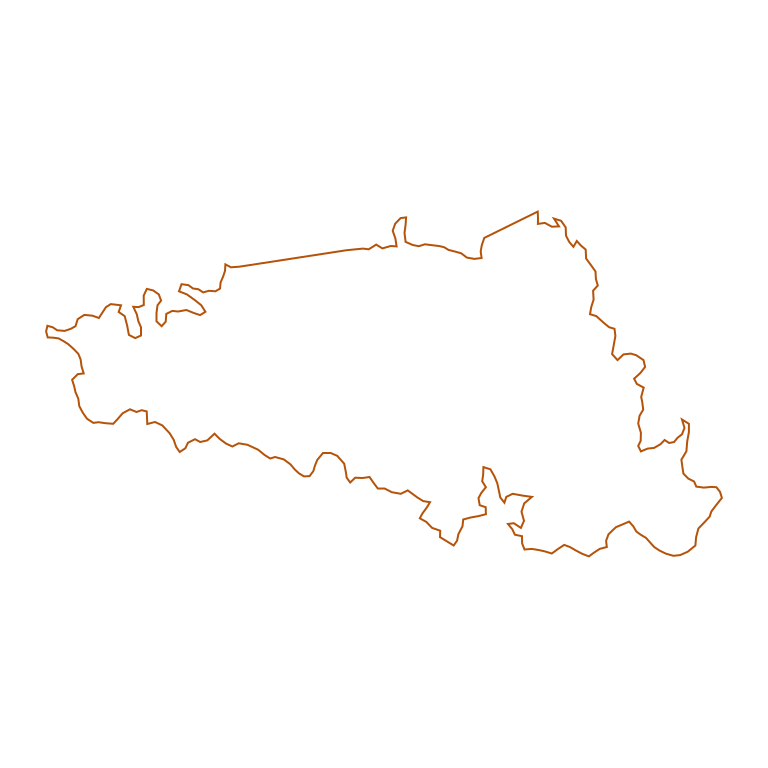 outline of Ponte Alta do Norte, Santa Catarina, Brazil
{"feature_id": "56859067B74715517564167", "entity_name": "Ponte Alta do Norte", "entity_type": "district", "adm_level": 2, "iso_a3": "BRA", "parent_name": "Brazil", "parent_adm1": "Santa Catarina", "projection": "mercator", "projection_center": [-50.427, -27.181], "detail": "fine", "context": "isolated", "style": "outline", "palette": "amber", "viewbox_px": 768, "rotation_deg": 0, "n_neighbors": 0, "source": "geoboundaries", "source_scale": "gbopen_adm2", "svg_char_len": 4044}
<svg xmlns="http://www.w3.org/2000/svg" viewBox="0 0 768 768"><path d="M270.2,458.5L275.1,457.0L283.8,459.4L290.5,464.4L294.6,469.3L299.0,473.4L304.0,476.4L309.6,476.1L313.3,471.2L315.0,465.5L317.2,460.0L323.0,453.0L330.7,453.0L337.2,455.8L344.2,463.7L345.8,471.8L346.7,477.7L350.2,482.5L355.2,477.7L362.7,478.0L369.5,477.0L373.6,482.9L377.8,488.5L384.6,488.5L391.8,492.2L400.8,493.8L407.7,490.4L412.4,493.8L417.4,497.5L423.2,501.1L430.0,502.2L427.0,507.2L422.4,513.5L419.8,518.3L426.3,521.9L432.1,527.9L440.2,530.7L440.0,537.1L446.0,540.8L453.7,545.5L457.1,540.6L458.4,534.1L462.5,526.3L463.2,519.5L470.6,517.5L478.5,516.1L485.9,514.2L485.7,507.2L479.7,505.2L478.5,498.1L481.3,492.9L485.9,487.2L482.2,481.3L483.2,474.3L483.4,467.1L490.4,469.3L494.5,476.5L497.3,483.3L498.9,490.7L500.3,497.5L504.4,502.7L506.3,496.9L512.7,493.8L522.6,495.6L531.9,496.9L524.2,503.4L521.5,511.7L524.0,520.8L520.9,527.9L513.8,523.2L508.0,524.0L512.4,529.4L514.9,534.7L522.0,536.2L522.1,543.4L524.5,549.5L531.9,548.9L539.1,550.1L544.9,551.4L551.8,553.5L558.1,548.9L564.2,544.9L569.9,547.0L575.9,550.5L582.4,553.9L588.9,556.4L593.6,552.9L599.7,548.9L606.8,547.0L606.1,540.8L608.5,534.3L615.9,527.2L622.6,524.4L629.1,521.6L633.3,526.3L636.3,531.5L640.7,534.7L645.9,537.8L650.4,542.8L654.2,547.0L659.4,550.5L665.8,553.6L673.4,555.8L680.1,555.1L687.8,551.7L695.4,545.5L696.1,537.2L698.4,528.5L704.5,522.2L709.6,516.7L711.4,511.4L715.8,505.6L721.9,497.9L720.0,491.8L716.4,487.2L711.2,486.9L703.8,487.6L696.3,486.6L694.1,481.5L688.3,478.6L683.4,473.6L682.5,467.7L681.4,459.7L686.4,451.3L687.2,441.5L688.9,432.1L688.9,423.8L682.0,419.5L684.5,427.9L682.0,434.3L677.5,437.8L674.1,442.0L669.2,443.0L664.6,440.0L660.5,444.2L654.1,447.9L647.6,448.6L640.9,451.4L638.2,445.9L640.7,440.8L640.9,432.7L638.2,423.6L639.6,415.7L643.2,409.6L642.3,402.4L641.2,396.9L643.7,387.6L636.8,383.9L634.1,378.7L640.4,373.0L645.1,366.9L643.5,360.1L636.2,355.2L630.8,353.6L623.5,354.4L617.5,360.1L612.1,354.1L614.0,343.7L615.4,335.9L614.5,328.8L609.1,327.2L603.5,322.6L596.3,316.1L590.0,314.2L591.2,307.2L593.6,299.7L593.1,290.7L597.8,285.5L595.9,279.0L595.5,271.5L591.4,265.7L586.1,258.5L585.7,249.6L581.0,245.6L576.8,241.0L573.4,246.8L569.2,241.9L566.0,235.7L565.7,227.4L561.1,220.8L554.0,218.6L559.0,226.4L551.8,226.7L544.9,222.9L537.9,223.9L538.0,217.8L537.7,211.6L484.3,237.9L481.8,245.2L480.7,251.4L481.6,258.0L474.4,258.9L466.9,257.6L461.2,253.3L454.8,251.5L448.5,249.9L444.1,247.2L438.9,246.0L432.1,245.2L424.9,244.3L418.8,246.2L412.8,245.0L405.6,241.9L404.5,232.9L405.6,224.6L406.1,217.4L400.6,218.1L395.2,223.7L392.7,230.8L395.4,238.5L396.6,246.4L390.7,246.0L382.4,248.4L376.2,244.6L368.7,249.3L362.9,248.6L346.7,250.2L239.3,266.7L231.0,267.3L225.4,264.4L225.0,270.9L223.1,276.6L220.6,282.4L220.0,288.6L215.4,291.3L208.9,290.8L203.2,292.4L198.3,289.2L193.0,288.5L188.3,285.1L181.5,284.2L179.0,291.3L186.9,294.4L195.5,300.6L201.3,305.3L205.4,311.8L200.1,315.1L193.8,313.0L186.4,310.0L178.1,311.5L172.3,310.9L166.3,313.9L165.7,321.7L161.6,326.2L156.5,321.3L156.5,313.0L157.5,305.3L161.1,300.6L158.8,294.4L153.1,290.4L146.8,288.9L143.7,295.6L143.8,305.0L138.6,307.1L133.3,306.8L136.8,314.3L138.4,321.4L141.0,327.3L141.0,335.5L135.2,338.1L128.9,334.9L127.2,325.8L124.7,316.1L118.7,312.0L121.0,305.3L110.8,304.1L106.0,307.1L102.5,312.4L98.9,318.0L92.5,315.7L84.3,314.9L77.7,319.2L75.5,326.2L70.8,328.8L64.7,330.9L57.2,330.3L52.8,327.3L47.4,325.8L46.1,331.5L47.7,337.4L53.4,337.7L58.6,338.4L63.6,341.2L68.3,344.2L73.3,348.7L78.3,353.8L80.6,359.4L81.6,366.6L83.7,373.4L77.7,374.2L72.1,379.8L74.1,386.0L75.5,392.2L78.3,398.7L79.3,406.2L82.9,412.9L87.1,418.8L93.4,422.9L98.5,422.2L105.5,423.2L113.2,423.8L117.6,419.1L122.6,413.3L130.0,409.3L136.5,412.0L141.6,410.2L146.7,411.4L147.0,417.3L147.3,424.0L155.0,422.0L162.3,425.4L169.7,433.3L173.7,439.8L176.2,447.0L179.7,452.0L185.3,448.3L188.0,442.7L195.0,439.2L200.2,442.0L207.3,440.4L214.5,433.7L219.8,439.0L226.1,443.6L232.4,446.5L238.7,443.3L247.5,444.8L258.1,449.7L264.6,455.0L270.2,458.5Z" fill="none" stroke="#b45309" stroke-width="2"/></svg>